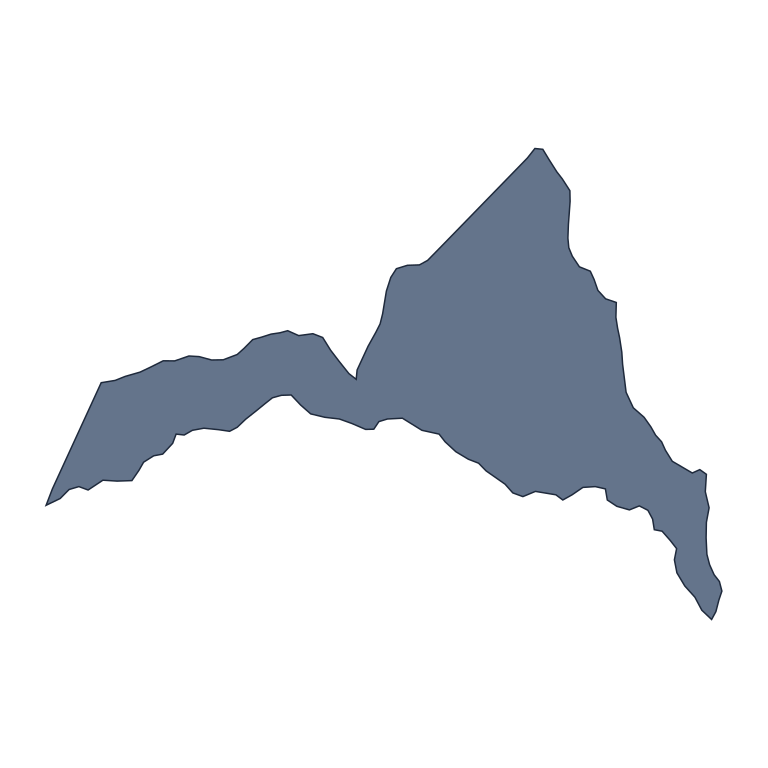 Maxaranguape, Rio Grande do Norte, Brazil
{"feature_id": "56859067B82537328985122", "entity_name": "Maxaranguape", "entity_type": "district", "adm_level": 2, "iso_a3": "BRA", "parent_name": "Brazil", "parent_adm1": "Rio Grande do Norte", "projection": "robinson", "projection_center": [-35.356, -5.454], "detail": "fine", "context": "isolated", "style": "filled", "palette": "slate", "viewbox_px": 768, "rotation_deg": 0, "n_neighbors": 0, "source": "geoboundaries", "source_scale": "gbopen_adm2", "svg_char_len": 1998}
<svg xmlns="http://www.w3.org/2000/svg" viewBox="0 0 768 768"><path d="M719.4,581.5L714.1,574.7L709.6,564.7L706.9,554.3L706.1,537.8L706.4,522.3L709.1,507.8L705.3,491.7L706.4,474.3L699.8,469.6L692.3,473.0L682.9,467.5L672.3,461.3L665.4,450.2L661.6,441.8L655.6,435.2L650.9,426.9L644.1,417.3L633.3,407.8L626.1,392.3L624.3,377.8L622.6,364.2L621.8,352.1L619.6,337.7L617.6,328.2L615.9,317.3L616.3,302.5L605.6,298.8L597.9,290.4L594.1,279.5L590.3,271.2L579.4,266.8L572.3,256.2L568.8,247.7L567.9,238.1L568.4,224.5L569.3,212.4L570.1,201.4L569.9,190.7L562.3,178.9L556.8,171.8L549.1,159.7L542.8,149.3L534.9,148.5L527.3,158.1L442.6,245.1L427.6,260.4L419.4,264.9L407.4,265.3L396.4,268.7L390.8,277.4L386.4,291.0L382.6,313.9L380.1,323.9L375.9,332.2L368.1,346.2L357.1,370.0L356.2,379.3L348.9,373.6L339.1,361.3L330.6,350.2L322.7,337.5L312.9,333.7L298.7,335.6L287.7,330.7L279.9,332.8L271.1,334.1L261.7,337.1L252.7,339.6L244.1,348.3L237.2,354.5L223.2,359.8L211.6,360.0L199.1,356.6L188.9,356.0L174.7,360.9L163.2,360.8L150.4,367.2L140.1,372.1L125.2,376.4L115.2,380.4L101.2,382.7L52.4,488.9L46.1,505.3L60.2,498.5L69.1,489.5L78.9,486.6L88.1,490.0L102.9,480.2L117.1,481.1L131.9,480.6L138.9,470.4L143.6,462.2L153.7,455.8L162.7,454.1L172.7,443.3L176.1,434.1L184.2,435.0L192.4,430.3L203.9,428.2L218.7,429.7L229.6,431.3L237.2,427.3L245.7,419.2L256.9,410.3L264.6,404.0L272.4,397.8L281.4,395.3L291.2,395.0L300.6,405.0L310.7,413.9L324.9,417.3L339.4,419.0L351.9,423.5L365.6,429.4L373.8,429.2L378.9,421.6L387.4,419.0L402.4,418.2L421.9,430.3L439.1,434.1L445.1,441.8L455.8,451.7L468.3,459.2L478.6,463.2L486.1,470.9L505.1,484.2L512.8,492.9L522.9,496.6L535.4,491.4L555.9,494.8L562.8,500.0L572.1,494.8L582.9,487.4L595.3,486.6L605.4,488.9L607.3,500.0L616.8,506.3L629.4,509.9L639.3,505.9L647.9,510.3L652.6,519.1L654.3,529.7L662.1,531.2L670.1,540.3L676.6,548.6L674.4,559.8L676.9,572.8L684.8,586.0L694.9,597.2L701.8,610.2L711.6,619.5L715.9,611.6L718.9,600.0L721.9,591.1L719.4,581.5Z" fill="#64748b" stroke="#1e293b" stroke-width="1.5"/></svg>